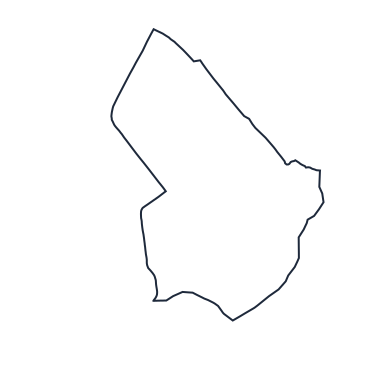 outline of Shubra Al-Khayma 2, Al Qalyubiyah, Egypt, rotated 127°
{"feature_id": "37247803B84983151070332", "entity_name": "Shubra Al-Khayma 2", "entity_type": "district", "adm_level": 2, "iso_a3": "EGY", "parent_name": "Egypt", "parent_adm1": "Al Qalyubiyah", "projection": "robinson", "projection_center": [31.287, 30.135], "detail": "fine", "context": "isolated", "style": "outline", "palette": "slate", "viewbox_px": 384, "rotation_deg": 127, "n_neighbors": 0, "source": "geoboundaries", "source_scale": "gbopen_adm2", "svg_char_len": 2493}
<svg xmlns="http://www.w3.org/2000/svg" viewBox="0 0 384 384"><g transform="rotate(127 192 192)"><path d="M302.1,157.3L298.5,152.8L296.0,149.6L294.1,147.2L291.7,146.3L286.5,144.4L284.7,143.4L281.3,141.5L277.5,139.4L274.3,134.4L272.0,130.9L271.2,126.1L270.1,120.3L269.7,118.0L268.6,114.1L267.6,108.5L267.4,106.8L267.3,102.6L269.1,96.8L269.8,94.8L270.1,93.1L270.1,88.5L270.1,86.0L270.1,82.1L268.7,81.5L262.3,78.8L257.1,76.7L248.0,72.9L246.7,72.4L243.2,71.4L233.2,68.9L228.8,67.8L217.7,64.2L209.7,63.6L206.9,63.4L200.8,64.9L190.1,64.8L184.2,66.0L180.4,66.9L176.6,69.8L172.2,73.2L164.0,79.5L154.8,80.2L150.5,81.1L147.9,81.6L144.5,83.0L137.6,80.1L129.3,80.2L128.0,80.3L121.0,80.8L114.8,87.1L111.3,93.4L98.9,102.0L97.8,102.7L99.7,105.7L100.2,107.6L101.1,109.9L101.4,112.4L102.3,114.1L103.9,115.7L103.4,117.5L103.8,119.1L104.1,120.7L104.3,122.6L104.2,124.4L104.3,125.9L104.4,127.3L104.5,128.6L105.8,129.1L107.4,130.5L108.7,131.2L111.0,131.2L112.2,131.8L113.1,133.0L113.0,134.9L111.8,136.4L110.3,141.7L108.7,148.1L107.8,150.9L107.0,153.9L104.4,165.9L103.5,173.3L102.7,180.0L101.4,184.7L99.2,190.4L100.0,195.9L98.1,204.5L96.2,212.5L93.7,223.8L92.2,228.1L90.3,235.7L88.5,243.1L85.3,254.4L83.1,261.3L82.7,262.3L81.9,264.7L86.6,269.2L86.2,271.2L85.0,277.9L83.9,284.6L82.9,294.4L82.6,296.3L82.8,300.9L82.5,303.5L82.8,306.6L83.1,310.8L85.1,320.6L90.5,319.8L99.1,318.4L108.8,316.4L122.7,314.6L127.6,313.8L134.8,312.8L139.0,312.1L149.8,310.3L161.2,308.4L170.9,306.5L172.5,305.9L176.2,304.2L178.0,303.2L180.0,302.0L180.4,301.6L181.4,300.5L182.6,299.5L183.5,297.6L184.7,295.4L185.4,293.9L186.0,291.6L186.4,289.7L186.9,287.1L187.7,284.3L188.0,282.9L189.3,279.1L190.7,274.0L192.8,266.7L194.8,259.7L196.7,252.4L197.7,248.3L199.9,240.0L204.1,224.8L205.8,218.0L207.2,213.4L215.9,215.8L228.8,220.0L231.4,220.9L234.3,221.8L235.3,221.8L235.7,221.7L237.0,221.5L238.3,220.9L240.2,219.6L242.2,218.0L243.5,216.9L244.7,215.5L245.8,214.4L247.0,213.4L247.9,212.6L250.0,210.6L251.1,209.5L252.2,208.4L253.4,207.1L255.1,205.2L258.1,202.2L259.6,200.8L261.5,198.9L262.5,198.0L264.2,196.3L265.4,195.2L266.9,193.8L267.8,192.9L269.4,191.4L271.6,189.0L271.9,188.7L272.3,188.3L273.6,187.1L274.7,186.3L276.1,185.2L277.5,183.7L279.1,181.2L279.5,178.9L279.8,177.4L280.5,174.5L281.3,172.1L282.1,170.7L283.1,169.4L283.8,168.4L284.6,167.5L285.9,166.4L287.5,165.0L288.9,163.6L290.7,161.7L292.3,160.1L293.6,159.1L295.1,158.2L296.6,157.7L298.5,157.4L299.5,157.4L302.0,157.4L302.1,157.3Z" fill="none" stroke="#1e293b" stroke-width="2"/></g></svg>